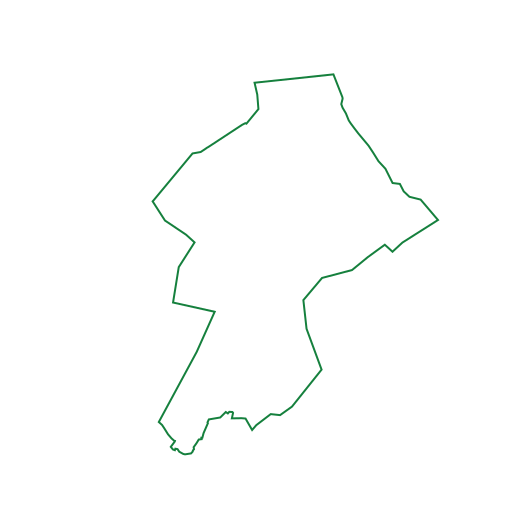 Santiago Tillo, Oaxaca, Mexico (Albers equal-area conic projection), rotated 148°
{"feature_id": "50627088B22600736926563", "entity_name": "Santiago Tillo", "entity_type": "district", "adm_level": 2, "iso_a3": "MEX", "parent_name": "Mexico", "parent_adm1": "Oaxaca", "projection": "albers", "projection_center": [-97.308, 17.467], "detail": "fine", "context": "isolated", "style": "outline", "palette": "green", "viewbox_px": 512, "rotation_deg": 148, "n_neighbors": 0, "source": "geoboundaries", "source_scale": "gbopen_adm2", "svg_char_len": 1310}
<svg xmlns="http://www.w3.org/2000/svg" viewBox="0 0 512 512"><g transform="rotate(148 256 256)"><path d="M165.4,403.7L169.4,392.2L176.1,379.3L194.0,373.3L194.7,374.3L198.3,374.6L238.6,373.7L240.8,373.8L241.1,373.7L247.8,373.5L255.5,376.6L313.3,357.5L314.7,357.1L314.4,334.3L304.0,311.1L300.9,300.1L327.4,287.5L351.0,260.5L320.6,230.6L357.1,206.1L426.4,166.7L425.2,162.5L425.1,158.9L425.1,151.4L424.3,146.1L423.1,142.1L422.9,142.0L423.2,141.7L429.4,139.3L429.0,136.0L427.7,134.3L426.5,135.3L424.9,133.8L424.8,130.7L422.6,126.7L421.3,125.4L415.7,123.0L413.3,123.7L412.6,124.5L411.0,125.0L410.2,126.9L405.6,128.8L401.8,130.7L399.2,129.5L398.6,130.8L397.8,130.3L394.3,133.6L385.4,139.7L385.3,140.6L382.6,142.4L371.9,138.0L364.3,139.7L363.3,137.4L361.2,138.0L358.7,136.2L358.6,135.1L362.5,131.1L354.2,126.1L351.0,123.7L351.5,110.5L345.4,112.4L327.3,114.1L319.9,108.3L305.3,109.2L260.6,124.9L251.7,167.5L239.2,193.5L211.6,202.4L182.0,193.2L161.8,195.8L140.8,197.3L139.1,191.4L138.0,187.3L124.7,189.8L82.6,190.1L86.5,216.6L94.5,224.9L96.5,232.5L95.8,240.9L101.5,245.5L100.0,261.4L101.9,271.4L101.9,280.4L101.9,281.7L102.1,289.9L104.3,305.8L104.9,312.0L105.4,318.2L105.5,321.8L104.2,329.2L104.0,335.9L103.2,339.6L99.2,343.5L98.6,344.8L94.1,369.0L165.4,403.7Z" fill="none" stroke="#15803d" stroke-width="2"/></g></svg>